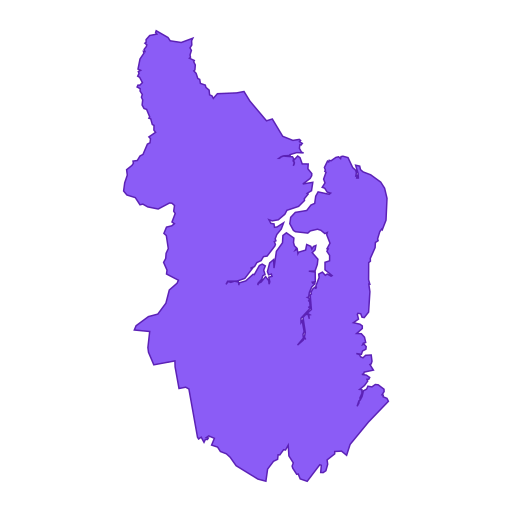 outline of Henderson-Massey Local Board Area, Auckland, New Zealand
{"feature_id": "76426892B68430055344516", "entity_name": "Henderson-Massey Local Board Area", "entity_type": "district", "adm_level": 2, "iso_a3": "NZL", "parent_name": "New Zealand", "parent_adm1": "Auckland", "projection": "natural_earth1", "projection_center": [174.63, -36.849], "detail": "fine", "context": "isolated", "style": "filled", "palette": "violet", "viewbox_px": 512, "rotation_deg": 0, "n_neighbors": 0, "source": "geoboundaries", "source_scale": "gbopen_adm2", "svg_char_len": 6074}
<svg xmlns="http://www.w3.org/2000/svg" viewBox="0 0 512 512"><path d="M140.0,204.8L142.8,204.1L147.7,206.9L158.2,209.0L169.5,203.0L171.9,203.2L174.5,205.5L173.7,211.2L175.2,213.5L172.0,222.0L174.4,223.7L171.8,225.8L166.5,227.1L163.9,233.4L166.3,235.5L168.3,248.6L166.1,253.3L165.7,258.5L163.6,262.4L167.0,270.1L166.5,274.0L178.4,280.2L177.1,283.2L169.3,290.0L165.9,303.2L157.8,314.1L148.4,316.6L136.1,325.7L134.3,330.0L149.7,331.5L147.9,347.5L148.5,352.3L153.8,364.8L174.9,360.9L175.1,366.9L179.0,388.5L185.7,387.2L188.9,389.0L197.5,437.2L198.6,439.0L201.2,437.2L204.0,442.3L205.4,439.4L207.4,439.5L208.4,438.0L206.4,437.5L208.7,435.9L214.4,438.3L211.6,445.1L217.6,447.1L220.4,451.5L226.4,453.8L230.2,457.3L236.1,465.7L257.9,479.1L265.9,481.2L267.6,469.1L273.5,461.3L277.6,459.3L278.1,454.8L279.8,454.9L283.6,449.7L285.5,450.0L288.2,445.2L288.9,455.9L293.3,462.9L292.1,466.1L292.8,468.3L296.7,474.3L298.2,474.0L300.2,478.9L307.2,481.3L319.8,464.7L321.3,465.3L320.7,472.5L323.2,472.6L325.9,470.7L327.7,464.2L327.1,459.9L334.7,453.9L334.7,451.5L341.5,451.1L346.6,455.3L350.1,444.4L368.5,422.0L388.4,401.3L387.0,398.4L383.1,396.7L383.3,395.2L382.0,394.8L384.1,391.6L384.0,389.2L378.2,384.8L375.3,384.5L371.9,386.9L367.9,386.2L366.6,389.1L363.4,390.8L362.1,396.4L360.3,399.8L359.9,400.4L359.1,400.9L358.9,403.1L357.1,406.3L358.9,400.9L360.2,399.8L359.9,397.9L361.9,393.5L361.9,389.7L359.7,389.4L364.5,385.5L367.7,381.1L367.0,379.3L368.8,379.2L369.7,377.5L366.3,375.1L361.9,374.4L363.7,373.8L364.2,372.1L373.4,370.1L369.9,364.5L371.2,363.9L372.0,361.2L371.2,355.0L365.6,355.3L363.0,357.8L360.7,356.9L359.4,354.6L356.3,353.5L361.4,354.3L362.5,351.0L365.9,349.2L366.2,346.6L364.0,344.1L362.6,344.7L363.3,343.2L365.7,342.5L364.5,337.2L361.3,333.7L356.6,333.5L362.3,328.5L362.3,325.9L360.0,324.2L353.4,322.7L358.5,319.1L357.3,314.4L357.9,313.3L360.7,313.7L362.0,317.2L364.2,317.6L368.6,312.1L369.9,291.7L368.8,284.1L369.8,284.2L368.6,279.7L368.7,262.6L370.4,261.2L370.3,258.4L375.1,247.6L375.4,242.5L378.1,240.7L377.6,238.8L379.8,231.6L381.8,229.0L382.3,229.7L386.0,220.2L387.0,198.3L384.6,188.2L380.7,182.1L370.7,174.8L363.1,171.9L360.5,169.6L359.7,166.1L355.6,165.2L358.1,173.5L358.4,178.7L357.5,176.6L356.5,178.7L357.3,175.2L355.8,175.9L356.4,172.7L355.6,170.2L352.7,167.6L348.0,157.6L342.9,156.2L341.0,156.6L340.6,158.6L338.6,156.8L335.9,157.4L331.0,160.8L329.2,160.3L328.7,161.9L327.5,161.1L324.4,167.5L325.4,170.1L324.8,171.3L326.0,172.3L323.6,179.1L325.0,182.9L322.2,187.3L324.7,188.2L327.2,192.1L330.6,193.1L329.2,194.3L318.1,191.9L315.7,196.2L314.7,203.4L311.0,205.0L306.7,210.5L295.3,212.4L290.7,217.3L289.8,223.7L293.4,230.4L295.4,231.7L307.8,233.1L310.3,230.9L317.5,229.2L320.9,230.3L324.9,233.6L327.3,232.5L326.7,234.7L330.0,243.2L327.0,248.7L328.2,248.9L326.9,251.3L329.6,255.4L329.6,260.8L325.0,262.3L325.0,269.8L332.1,275.6L331.1,276.2L327.2,274.0L325.3,275.3L322.4,272.1L318.7,274.1L319.1,277.5L315.9,286.0L316.4,287.3L315.6,288.9L315.6,286.7L313.0,288.7L311.0,292.2L311.4,294.0L310.2,295.0L311.4,309.5L306.2,314.2L308.1,313.8L309.9,314.8L308.7,315.1L309.3,318.8L308.0,314.2L305.6,314.6L303.0,317.3L305.3,332.5L304.4,337.1L305.7,339.5L304.4,337.6L303.2,340.2L297.5,345.1L303.4,338.1L303.0,334.3L304.1,331.5L302.2,320.8L301.0,322.6L301.0,318.2L310.3,308.1L310.3,306.8L308.2,307.5L310.1,306.4L309.6,300.7L308.1,301.1L309.3,300.4L309.1,298.3L307.5,297.4L308.6,297.1L309.4,292.2L311.7,287.0L314.9,283.7L314.9,282.8L312.7,283.2L312.2,282.2L315.3,281.6L315.2,272.0L308.8,271.2L315.0,271.1L317.3,264.5L317.9,259.2L312.2,252.7L315.1,249.8L315.9,245.5L313.4,246.5L311.9,249.2L310.8,246.3L306.7,244.5L305.6,250.1L298.6,252.2L297.9,253.6L297.3,249.2L295.3,250.2L296.7,248.0L294.4,245.8L293.5,242.5L293.9,238.1L286.4,232.8L282.9,235.5L282.5,242.8L276.4,251.3L274.0,268.1L273.6,259.6L269.7,262.9L267.4,271.6L268.6,274.8L271.4,274.1L272.0,276.4L268.8,277.2L269.8,281.8L269.1,284.2L268.7,280.6L265.6,276.6L261.1,282.1L258.1,283.5L258.1,284.5L257.8,285.1L258.0,283.3L261.8,279.1L262.7,275.9L265.0,274.4L263.7,270.1L265.3,265.9L262.2,264.1L259.4,265.5L254.3,274.6L253.1,274.3L245.8,280.9L239.2,282.9L238.9,285.2L238.5,282.0L234.5,281.2L230.8,282.4L228.1,281.5L226.0,284.4L227.7,281.2L237.0,281.1L244.8,278.4L252.5,268.3L250.5,268.2L254.5,266.6L256.8,262.6L261.1,260.6L263.5,256.6L267.1,256.1L274.8,246.1L275.4,244.4L274.3,241.6L275.9,240.8L275.2,238.8L276.8,234.5L281.3,229.0L283.6,222.8L277.0,227.0L274.5,227.3L274.0,223.9L270.9,223.4L268.9,219.7L272.2,220.9L278.3,219.8L284.9,214.2L286.9,210.3L298.6,206.4L304.5,200.5L304.3,198.8L308.1,194.1L307.1,193.4L311.5,190.7L312.8,182.3L302.8,184.0L310.1,178.5L311.7,175.7L311.8,173.6L307.9,168.8L308.2,164.0L302.2,163.9L300.0,157.7L297.7,156.0L293.5,160.5L294.4,162.7L294.2,164.0L293.3,165.8L294.3,162.6L293.1,160.9L293.6,158.6L292.5,156.8L283.5,156.1L281.2,156.9L279.5,158.3L278.9,158.3L281.1,156.7L283.6,155.8L290.1,155.5L290.0,154.6L296.7,152.6L303.6,152.9L301.5,152.2L299.4,148.3L299.9,144.6L301.1,145.0L302.3,143.4L299.5,141.7L300.6,140.5L299.3,139.4L292.9,140.4L282.7,136.3L272.3,119.0L266.5,120.8L249.9,101.1L244.0,91.5L236.7,92.9L217.4,93.7L213.3,98.4L212.0,95.9L209.6,94.8L209.1,90.1L205.9,87.4L205.3,85.1L200.4,83.4L199.7,79.4L197.8,78.5L196.1,73.3L193.8,70.9L194.9,69.9L195.3,65.0L193.7,61.8L194.3,60.5L189.4,58.2L190.5,57.2L190.0,55.0L191.4,50.4L190.0,47.9L191.8,45.0L191.6,40.7L192.8,38.2L181.2,42.5L170.2,40.8L168.0,37.5L156.2,30.7L155.6,32.5L156.8,34.1L149.7,35.5L146.1,39.6L146.1,42.3L144.9,43.2L146.8,44.8L146.3,46.6L144.1,49.4L144.9,51.5L143.4,51.3L143.9,53.2L140.0,59.0L138.0,69.1L140.6,70.3L138.3,71.6L139.0,73.4L137.7,76.2L139.6,77.3L142.4,82.6L139.8,85.2L138.0,85.1L137.1,87.0L140.2,88.7L140.1,91.1L142.3,94.5L141.4,97.2L142.7,99.9L142.1,105.0L144.0,108.5L146.6,109.4L149.7,116.9L148.9,118.2L150.7,118.8L152.3,124.5L154.0,125.4L153.9,130.1L155.6,132.3L148.9,136.9L150.5,138.7L150.0,142.8L147.4,144.1L143.0,154.4L140.0,156.0L137.3,160.5L133.0,161.1L133.4,163.3L132.0,165.4L126.6,169.7L127.3,175.1L124.7,182.8L123.6,191.0L126.9,195.0L135.3,197.6L140.0,204.8Z" fill="#8b5cf6" stroke="#5b21b6" stroke-width="1.5"/></svg>